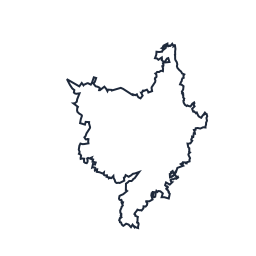 San Luis De Sincé, Sucre, Colombia, rotated 199°
{"feature_id": "7082276B69814222913428", "entity_name": "San Luis De Sincé", "entity_type": "district", "adm_level": 2, "iso_a3": "COL", "parent_name": "Colombia", "parent_adm1": "Sucre", "projection": "robinson", "projection_center": [-75.111, 9.253], "detail": "fine", "context": "isolated", "style": "outline", "palette": "slate", "viewbox_px": 256, "rotation_deg": 199, "n_neighbors": 0, "source": "geoboundaries", "source_scale": "gbopen_adm2", "svg_char_len": 5726}
<svg xmlns="http://www.w3.org/2000/svg" viewBox="0 0 256 256"><g transform="rotate(199 128 128)"><path d="M162.7,83.4L161.3,84.3L159.4,84.7L159.2,83.4L158.4,81.5L157.0,81.1L155.6,81.3L155.3,82.4L155.4,83.7L156.7,85.9L156.0,86.7L155.2,86.6L154.4,86.8L152.7,88.3L152.9,86.7L151.7,86.6L151.7,86.9L150.7,86.9L150.6,84.6L147.3,84.9L147.3,82.7L149.4,82.6L149.0,79.0L148.5,79.5L147.9,79.4L146.6,79.8L145.7,79.4L145.5,78.5L145.7,77.4L145.4,77.0L144.6,78.2L143.7,78.8L143.2,76.4L140.5,76.9L137.1,76.7L136.3,78.1L135.9,76.4L135.2,75.7L134.3,75.7L132.5,76.4L132.1,75.4L132.2,74.9L130.4,75.0L129.8,74.2L129.3,74.9L129.2,74.7L127.4,75.2L126.2,77.9L125.4,76.1L123.5,74.4L122.7,73.1L121.9,72.6L120.9,72.3L119.0,73.2L118.0,73.3L114.4,77.0L115.7,79.7L115.0,80.2L114.9,82.7L111.4,82.1L110.7,83.2L110.1,83.6L108.4,86.3L106.5,87.4L103.1,90.1L105.4,82.6L106.4,81.5L106.7,80.2L107.4,79.0L109.1,78.5L109.9,77.9L110.4,76.6L111.8,74.7L110.0,69.2L109.9,69.3L108.9,68.2L108.4,68.1L111.0,63.8L113.2,61.8L113.9,60.9L113.5,58.3L112.9,57.6L112.4,57.4L111.1,57.5L110.9,57.8L110.5,57.6L110.3,57.2L110.4,56.9L109.8,55.8L109.2,56.2L108.5,56.2L108.5,54.4L108.9,54.4L107.7,53.1L108.4,51.3L108.2,50.8L108.5,47.5L107.6,45.3L106.5,44.8L106.5,44.4L106.2,44.2L106.1,43.5L106.4,43.4L106.4,43.2L105.9,43.1L105.8,42.4L106.2,42.2L105.8,42.3L105.7,41.5L105.2,41.4L105.3,41.2L105.7,41.3L106.2,40.8L106.2,40.4L105.9,40.4L106.1,39.4L106.3,39.4L106.3,37.9L105.6,37.5L104.9,36.3L103.8,36.4L102.4,34.7L100.8,34.0L100.5,34.0L98.6,36.9L96.0,36.9L92.9,35.2L92.2,38.1L89.6,36.3L89.5,37.0L87.9,36.6L85.9,36.7L86.3,37.6L86.7,40.7L87.4,41.6L88.4,41.4L88.8,41.8L88.7,43.1L89.5,45.4L89.7,47.1L92.6,47.4L93.0,48.5L93.9,48.7L93.9,49.4L92.7,52.8L92.5,53.9L90.6,53.9L89.4,54.4L88.3,54.4L87.3,57.0L87.8,59.0L85.8,59.4L85.0,61.3L85.2,63.1L86.8,64.2L86.9,64.7L84.0,65.6L81.5,68.4L84.0,71.8L84.3,73.7L84.1,73.7L83.9,75.5L82.6,75.8L82.7,73.5L82.2,71.4L80.9,71.0L79.9,71.9L80.7,75.9L80.7,77.8L79.4,77.1L78.8,78.3L76.8,78.7L73.8,77.5L73.7,73.5L71.1,74.4L66.5,74.6L67.1,79.4L68.4,80.1L68.5,80.8L69.1,80.9L69.7,82.1L70.9,82.3L72.0,82.9L72.1,83.1L71.2,84.1L71.0,85.1L71.7,85.6L72.8,85.3L74.3,86.0L74.3,88.9L70.1,88.1L68.5,91.2L69.2,91.1L69.8,91.4L70.8,92.6L70.6,93.1L69.6,94.0L68.5,94.2L67.2,95.7L65.9,95.6L64.5,97.5L65.1,98.2L65.5,97.8L66.4,97.7L68.4,99.2L70.4,96.5L70.7,96.8L71.5,95.5L72.2,95.0L73.5,98.1L72.2,99.2L73.0,100.2L71.8,101.9L69.2,99.1L68.9,99.7L68.5,101.0L69.2,101.0L68.5,103.2L68.3,103.1L68.3,106.4L63.6,110.2L66.4,111.1L65.3,112.4L64.5,112.4L64.8,113.5L61.8,114.3L61.7,113.5L61.2,113.6L61.4,114.1L61.1,114.4L61.3,114.7L58.9,116.5L59.6,118.2L59.5,119.7L61.8,121.9L62.3,122.7L62.3,123.1L61.4,125.1L62.5,125.3L62.8,127.2L63.2,127.7L63.4,128.8L64.8,129.5L66.6,132.6L65.6,132.8L64.7,133.6L64.0,133.8L63.1,136.9L64.4,137.4L64.5,138.0L64.2,139.8L64.6,140.7L63.4,140.8L64.1,144.4L62.9,144.5L63.8,146.2L65.0,147.6L63.6,148.3L63.9,149.8L62.1,150.7L59.5,151.0L57.1,153.2L54.9,153.7L55.3,154.8L55.3,156.5L55.9,158.5L55.7,160.6L57.1,163.1L56.9,164.9L57.8,166.2L60.3,167.6L60.5,166.9L60.2,167.1L59.9,167.0L60.0,166.7L59.3,166.7L61.4,164.4L62.1,161.5L62.5,161.5L64.9,162.0L66.0,162.9L68.0,165.0L68.6,164.1L69.5,164.7L71.1,164.8L71.2,165.1L71.8,164.8L73.6,167.0L72.1,170.2L73.5,171.2L73.3,173.1L73.8,173.7L75.1,171.9L75.9,168.7L78.0,168.5L79.2,168.7L79.7,167.9L81.8,168.5L83.6,170.1L84.5,171.8L84.1,172.5L84.6,173.5L84.4,174.1L85.8,174.9L86.3,176.7L86.9,177.1L86.8,178.0L87.3,178.2L87.5,177.9L87.7,178.0L87.4,178.3L87.6,179.2L88.5,179.3L88.9,179.8L88.4,182.4L89.1,185.6L91.4,186.4L93.0,186.2L92.9,188.5L92.5,189.8L92.8,191.4L92.7,192.7L91.7,193.6L92.6,195.5L92.2,197.0L94.6,197.2L96.3,198.7L98.2,199.4L100.8,200.9L101.9,202.4L102.1,204.2L102.9,205.5L103.5,206.3L105.2,207.6L105.9,208.6L106.8,211.2L107.5,212.6L107.3,212.8L108.4,215.8L108.9,218.2L110.4,221.2L110.9,220.7L110.8,221.2L111.1,221.4L112.2,220.7L113.6,222.0L114.6,219.4L115.1,219.2L115.1,219.7L116.7,218.8L116.8,218.5L117.5,219.0L118.2,220.6L120.4,218.3L119.1,218.3L119.0,217.6L118.4,217.4L118.5,216.8L119.4,216.9L120.7,216.3L120.9,216.5L121.4,216.2L121.4,215.2L122.0,214.5L120.9,214.4L119.2,214.7L120.6,212.5L120.6,211.3L123.3,210.0L125.9,209.4L125.1,206.5L125.2,202.8L123.2,203.2L121.5,202.4L119.0,205.7L118.3,204.1L118.2,203.2L115.5,202.0L115.0,202.0L113.7,206.4L112.7,207.2L110.3,203.9L115.0,201.7L116.1,200.6L114.9,199.1L115.2,198.3L114.9,197.8L115.6,197.5L114.2,195.6L113.5,193.1L115.1,193.0L115.7,192.6L116.8,191.1L118.7,190.5L119.3,188.8L119.8,188.4L118.5,187.6L117.8,186.0L117.8,185.1L118.6,184.4L118.6,183.1L117.6,182.0L117.3,180.3L118.9,174.2L118.7,173.4L117.2,170.7L120.3,168.2L120.9,169.1L122.6,170.4L125.3,168.0L125.5,168.4L126.1,168.2L126.5,165.6L127.0,165.5L124.7,163.4L125.8,160.1L128.1,160.4L129.6,161.5L130.6,162.7L131.8,161.4L134.3,161.4L134.2,160.7L134.5,160.7L145.4,163.4L147.9,163.6L155.5,158.2L155.9,158.7L159.3,157.8L159.4,156.1L161.5,158.0L163.8,159.4L166.9,154.6L167.6,154.4L167.7,156.5L168.0,156.8L170.1,157.1L172.2,156.9L175.1,158.7L174.4,160.9L174.4,164.9L176.8,164.8L176.8,159.4L177.3,156.9L180.3,157.3L181.0,157.1L183.9,154.4L184.0,153.9L186.4,155.5L187.6,151.5L201.0,154.1L201.1,153.8L197.0,149.9L193.5,147.2L191.1,146.4L190.7,143.9L189.4,143.4L188.0,143.5L185.1,145.0L185.4,138.6L185.0,136.2L186.4,134.0L187.6,133.5L182.2,131.7L182.3,130.9L182.6,130.7L181.9,128.1L181.1,126.8L179.0,125.8L176.2,125.2L175.7,124.8L175.5,124.4L175.5,121.0L174.9,117.0L169.8,117.2L170.0,120.0L166.7,120.9L166.4,119.7L164.1,116.4L164.0,115.4L165.5,109.4L165.5,106.6L166.2,105.0L164.3,103.5L163.5,103.7L162.8,104.4L161.8,104.6L161.3,102.4L160.4,100.6L164.3,98.5L165.8,97.9L167.9,97.8L168.2,95.5L167.5,91.5L165.9,89.6L166.0,87.6L164.4,87.5L163.3,86.5L163.1,84.2L162.7,83.4Z" fill="none" stroke="#1e293b" stroke-width="2"/></g></svg>